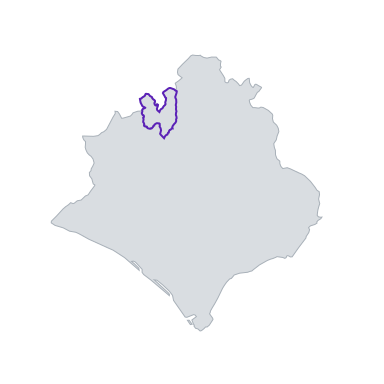 where Bafing sits in Ivory Coast, rotated 46°
{"feature_id": "CIV-3440", "entity_name": "Bafing", "entity_type": "Region", "adm_level": 1, "iso_a3": "CIV", "parent_name": "Ivory Coast", "parent_adm1": "", "projection": "orthographic", "projection_center": [-7.658, 8.459], "detail": "fine", "context": "in_parent", "style": "outline", "palette": "violet", "viewbox_px": 384, "rotation_deg": 46, "n_neighbors": 0, "source": "natural_earth", "source_scale": "10m", "svg_char_len": 6791}
<svg xmlns="http://www.w3.org/2000/svg" viewBox="0 0 384 384"><g transform="rotate(46 192 192)"><path d="M99.4,91.0L100.5,91.0L103.4,90.1L106.1,88.2L108.6,84.1L111.9,80.8L115.6,81.1L116.8,80.5L118.1,80.3L119.6,82.5L121.2,84.1L122.4,84.2L123.2,87.3L130.0,88.6L133.0,89.4L135.5,91.7L136.3,91.7L137.4,91.3L138.2,90.5L138.3,89.6L137.3,87.6L137.7,85.7L138.8,84.1L140.6,84.0L143.3,83.5L146.3,83.5L148.6,83.8L149.5,82.1L148.6,77.5L148.8,75.0L149.2,72.8L150.0,71.9L153.4,74.6L156.5,75.6L158.7,75.7L159.4,75.2L158.4,72.2L158.7,71.3L159.5,70.8L160.9,70.5L164.9,69.3L165.3,69.5L166.1,74.2L165.7,75.7L166.6,78.8L167.6,81.8L167.5,82.9L166.7,84.8L165.7,86.4L165.8,87.1L167.4,88.2L170.4,89.4L173.6,89.6L175.3,87.9L177.1,86.5L178.3,85.3L178.8,83.5L180.7,82.1L186.4,80.4L191.6,80.1L192.9,80.6L195.2,83.2L198.2,84.9L202.8,84.7L206.1,85.7L208.9,87.6L210.9,92.0L213.0,95.1L214.0,99.6L217.3,101.9L219.9,103.0L223.4,106.2L227.1,107.8L230.8,107.4L232.6,109.1L235.4,110.3L238.2,110.4L240.7,106.6L243.9,105.1L252.1,102.0L255.4,100.6L258.6,99.7L266.6,99.4L274.0,100.2L277.6,100.9L280.1,100.3L282.5,102.1L285.0,105.8L287.0,107.0L289.1,108.2L290.7,111.2L292.5,114.1L293.5,115.4L295.8,118.2L297.7,118.3L299.5,117.0L300.3,116.0L300.7,117.9L300.0,121.1L300.2,123.0L301.2,123.7L300.7,126.2L298.6,130.4L298.6,132.9L300.8,133.6L302.3,136.2L303.3,140.7L304.3,142.2L304.4,143.1L306.1,154.0L308.2,165.0L307.0,166.4L305.3,166.8L304.2,167.4L303.9,168.4L304.6,169.9L304.2,171.3L302.1,172.2L297.5,175.8L297.2,177.1L296.0,180.1L295.0,181.9L293.6,185.3L291.3,194.2L290.5,201.6L290.4,203.8L289.4,205.4L288.4,207.7L283.5,214.1L281.0,219.3L281.3,221.5L281.5,223.7L280.7,225.4L280.9,229.7L281.6,233.4L282.5,236.9L286.2,247.0L288.1,253.1L289.4,258.0L290.4,261.3L291.4,262.7L291.8,264.0L297.2,264.8L298.3,265.5L299.8,272.0L299.6,274.9L298.5,276.0L298.6,278.4L298.3,281.5L297.6,282.7L294.5,282.9L292.5,284.1L289.8,283.7L289.5,282.9L288.1,282.7L284.0,281.0L284.7,275.4L282.8,275.2L281.4,275.9L278.6,282.7L277.2,283.8L257.2,280.6L252.8,277.8L247.6,277.2L238.5,277.6L231.1,278.5L228.9,280.2L247.8,279.1L249.9,279.3L250.8,280.3L226.9,282.7L217.8,284.1L215.1,283.7L213.0,281.6L203.1,281.4L201.1,282.1L199.9,283.7L203.8,283.3L209.9,283.2L211.6,284.4L192.3,286.1L178.9,289.2L173.3,291.5L154.6,298.9L143.2,302.4L140.2,303.6L135.1,307.3L128.4,309.5L120.9,313.7L116.4,314.7L115.3,313.4L115.2,306.2L114.6,296.6L114.8,293.0L115.4,289.5L115.4,286.7L117.7,285.6L118.3,284.4L118.6,280.7L120.8,277.3L120.8,271.4L121.4,270.2L121.9,268.6L121.0,264.7L119.8,257.4L119.2,256.9L118.7,257.2L117.5,257.4L112.9,254.9L109.2,254.4L106.7,252.3L106.5,249.8L105.3,248.4L104.5,245.5L103.2,242.3L99.6,240.3L96.3,239.8L93.9,240.2L91.1,240.1L87.9,239.0L85.7,237.8L83.6,235.4L81.7,233.5L80.2,233.7L78.3,233.3L76.4,232.4L75.8,231.7L83.6,224.1L86.2,220.4L86.5,218.2L86.5,215.9L87.4,213.5L87.6,209.9L83.3,196.9L82.3,192.9L81.1,191.7L80.4,191.3L82.5,189.6L85.5,190.0L90.1,191.4L91.1,190.1L94.6,183.5L94.5,181.1L94.1,179.4L96.2,174.9L97.8,173.1L98.6,171.3L98.3,168.7L97.1,167.8L95.5,167.9L93.6,167.3L90.7,165.8L89.2,164.5L89.7,158.6L90.0,156.7L91.0,155.7L92.6,155.4L97.1,155.2L100.8,155.9L104.0,156.3L105.7,156.3L107.1,158.0L108.9,159.8L110.6,159.8L111.1,158.5L110.8,152.6L109.7,149.5L107.2,146.5L100.9,144.0L100.7,140.4L101.4,136.6L102.7,135.1L107.5,132.7L106.6,131.3L105.1,129.9L102.1,128.5L102.8,123.9L103.0,119.8L100.4,120.2L97.8,120.5L95.7,119.2L93.8,116.7L93.5,109.8L93.5,101.8L93.2,98.3L93.9,96.4L96.1,94.7L98.5,92.4L99.4,91.0ZM287.2,283.8L286.2,285.3L281.1,284.4L282.3,283.1L287.2,283.8Z" fill="#d9dde1" stroke="#a8b0b8" stroke-width="1"/><path d="M105.4,145.5L103.1,144.8L102.3,144.7L100.6,144.2L100.2,143.0L100.9,139.6L101.0,137.8L101.2,136.8L101.6,135.9L102.2,135.3L105.6,133.6L106.3,133.5L107.1,133.5L108.0,133.3L108.6,132.9L109.0,133.0L110.0,134.3L111.7,137.5L111.9,137.9L112.2,138.1L112.5,138.4L113.2,138.7L114.4,139.1L116.6,141.0L116.9,141.4L118.0,143.0L118.2,143.3L119.6,144.1L121.3,146.0L121.6,146.2L122.1,146.5L122.9,147.0L123.2,147.2L123.4,147.4L123.7,148.1L124.8,149.5L125.3,150.0L125.6,150.2L126.0,150.4L126.4,150.5L126.6,150.6L127.6,151.3L128.0,151.6L128.2,151.8L128.3,152.0L128.4,152.4L128.7,153.0L130.0,154.1L130.5,155.2L130.7,156.1L130.7,157.6L131.1,160.0L131.5,160.8L132.1,161.4L132.8,161.8L132.4,162.2L132.2,162.4L132.3,162.6L132.3,164.3L131.9,164.9L132.1,165.9L132.6,166.9L133.1,167.4L132.8,168.1L133.0,168.7L133.3,169.2L133.6,169.8L133.5,170.1L133.2,170.6L133.1,171.0L133.1,172.3L133.3,173.1L133.9,174.7L129.1,174.7L128.0,174.5L127.6,173.8L126.3,171.7L126.2,171.5L126.1,171.4L124.7,170.5L124.0,170.2L122.7,169.9L122.4,169.8L122.2,169.6L121.9,169.1L121.7,168.9L121.5,168.7L121.1,168.5L120.6,167.9L120.3,167.9L120.0,167.9L119.8,168.0L119.6,168.1L119.4,168.4L119.1,168.7L118.5,169.1L118.2,169.4L118.1,169.5L117.9,169.9L117.6,171.2L117.5,172.1L117.6,172.4L117.6,172.6L118.0,173.0L117.8,173.5L117.7,173.9L117.7,174.1L117.8,174.2L117.8,174.3L118.0,174.7L118.1,174.8L118.1,175.0L118.2,176.2L118.2,176.4L118.2,176.6L118.2,176.8L117.9,177.0L117.7,177.2L117.6,177.3L117.6,177.6L117.7,177.9L117.6,178.0L117.4,178.2L117.3,178.3L117.1,178.5L116.7,178.7L116.5,178.8L116.4,178.9L116.0,179.2L115.6,179.4L115.4,179.5L115.1,179.5L114.8,179.5L114.4,179.6L114.1,179.6L113.9,179.4L113.8,179.2L113.7,179.1L113.4,179.2L113.3,179.4L113.1,179.5L112.7,179.9L112.1,180.3L111.8,180.3L111.6,180.4L111.5,180.2L111.4,180.1L111.1,179.9L110.8,180.2L110.7,180.2L110.4,179.8L110.3,179.6L110.1,179.5L110.0,179.4L109.8,179.2L109.5,178.9L108.9,178.7L108.1,178.6L107.7,178.5L107.5,178.3L107.4,178.1L107.1,177.7L106.7,177.3L106.6,177.1L106.5,176.9L106.4,176.7L106.2,176.6L105.8,176.2L105.6,176.1L105.4,176.0L105.3,175.9L105.0,175.8L104.8,175.7L104.9,175.4L104.9,175.1L104.7,174.8L104.6,174.7L104.5,174.3L103.9,173.8L103.4,173.6L103.1,173.6L103.0,173.8L102.8,174.0L102.6,174.0L101.7,173.9L101.0,173.6L100.3,173.3L100.2,172.9L99.7,172.0L99.1,171.3L98.4,170.9L98.2,170.3L98.1,169.8L98.4,168.6L98.7,168.1L98.9,167.6L98.9,167.2L98.4,167.2L96.1,168.0L95.7,168.0L92.0,166.9L88.8,164.8L88.9,164.4L89.5,163.7L89.6,163.3L89.5,162.6L89.5,161.9L90.0,159.7L90.0,158.9L89.8,158.4L89.5,158.0L89.3,157.5L89.3,157.1L89.5,156.8L91.4,155.3L91.9,155.3L93.3,155.5L94.0,155.5L95.3,155.0L96.1,154.9L96.4,155.0L96.8,155.4L97.1,155.5L97.4,155.5L98.0,155.5L98.4,155.5L99.5,155.2L100.1,155.2L100.7,155.3L101.1,155.6L101.4,156.1L101.6,156.7L101.9,157.2L102.3,157.6L102.9,157.9L103.5,158.1L104.1,158.1L104.8,157.8L104.8,157.2L104.7,156.6L104.9,156.0L105.7,155.9L106.5,157.0L107.7,159.4L108.6,160.0L109.6,160.1L111.8,159.9L111.1,158.2L110.8,157.4L110.9,156.5L111.2,155.5L111.2,154.8L110.7,153.2L110.6,152.4L110.7,150.9L110.5,150.2L110.3,149.9L109.2,149.2L108.8,148.8L107.9,147.1L107.7,146.8L107.0,146.1L106.8,145.9L106.5,145.4L106.2,145.3L105.6,145.5L105.4,145.5Z" fill="none" stroke="#5b21b6" stroke-width="2"/></g></svg>